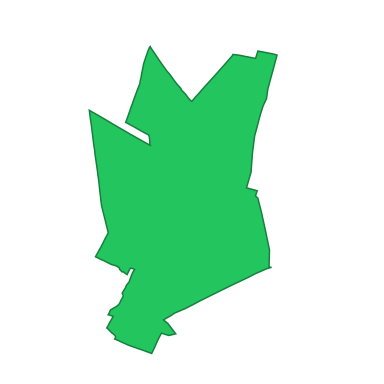 Juan C. Bonilla, Puebla, Mexico (Robinson projection), rotated 79°
{"feature_id": "50627088B68027240212637", "entity_name": "Juan C. Bonilla", "entity_type": "district", "adm_level": 2, "iso_a3": "MEX", "parent_name": "Mexico", "parent_adm1": "Puebla", "projection": "robinson", "projection_center": [-98.346, 19.122], "detail": "fine", "context": "isolated", "style": "filled", "palette": "green", "viewbox_px": 384, "rotation_deg": 79, "n_neighbors": 0, "source": "geoboundaries", "source_scale": "gbopen_adm2", "svg_char_len": 3951}
<svg xmlns="http://www.w3.org/2000/svg" viewBox="0 0 384 384"><g transform="rotate(79 192 192)"><path d="M41.2,205.2L41.4,205.6L41.8,206.0L42.4,206.4L44.2,207.7L44.8,208.1L46.1,208.9L48.1,210.0L49.8,211.0L51.2,211.9L52.6,212.6L54.0,213.4L55.4,214.2L57.5,215.3L58.3,215.6L59.6,216.1L61.9,217.0L66.3,218.9L66.9,219.1L67.6,219.3L68.8,219.8L69.2,219.9L70.2,220.3L71.0,220.6L71.5,220.9L72.0,221.2L72.4,221.4L72.8,221.5L73.6,221.8L74.0,221.9L74.9,222.3L75.6,222.5L82.7,227.0L89.7,231.2L96.6,235.3L104.0,239.6L111.0,243.8L114.6,239.4L116.0,237.7L116.9,236.6L119.7,233.4L123.7,228.7L125.2,226.9L127.4,224.1L127.8,223.7L128.8,223.5L130.0,223.4L131.3,223.5L132.4,223.6L136.5,224.1L137.8,224.2L138.1,224.1L137.9,224.5L135.6,227.3L134.3,228.8L132.2,231.3L130.9,232.8L129.3,234.7L126.3,238.2L125.0,239.7L123.4,241.7L122.9,242.2L121.0,244.3L119.9,245.6L118.9,246.7L117.5,248.4L115.2,251.0L112.5,254.1L107.6,259.6L104.1,263.5L101.0,267.1L98.8,269.6L95.7,273.1L94.2,275.0L92.2,277.2L96.4,277.5L99.7,277.7L102.3,277.9L105.9,278.0L109.0,278.2L112.1,278.4L114.9,278.6L118.0,278.8L121.0,279.0L123.4,279.2L126.4,279.4L128.7,279.5L130.2,279.5L131.8,279.6L133.4,279.7L135.4,279.9L137.7,280.0L139.9,280.2L142.7,280.3L144.8,280.4L147.2,280.5L149.2,280.6L152.2,280.8L154.6,280.9L156.9,281.1L159.7,281.2L160.5,281.3L161.0,281.2L162.5,281.4L164.2,281.5L170.1,282.0L175.9,282.5L177.8,282.6L179.7,282.8L181.1,282.9L182.3,283.0L187.0,283.3L188.1,283.4L192.0,283.2L203.4,282.6L211.0,282.2L211.5,282.2L216.1,282.0L216.9,282.7L218.6,284.0L221.2,286.2L221.3,286.3L225.2,289.2L227.2,290.8L227.4,290.9L228.9,292.1L231.5,294.4L233.0,295.6L235.1,297.4L235.3,297.6L237.2,299.1L237.3,299.0L239.0,296.6L240.2,295.1L241.0,294.0L241.8,292.8L242.3,292.1L243.0,291.1L246.1,287.2L247.9,284.8L248.2,284.1L250.0,280.7L251.4,279.1L251.9,278.5L252.4,277.8L252.8,277.9L253.3,277.9L253.7,277.9L254.9,277.3L256.5,276.3L257.2,275.7L257.3,274.5L258.6,273.6L259.1,273.1L260.7,271.5L255.7,267.7L255.3,267.2L255.2,267.1L255.1,266.9L255.0,266.6L256.0,264.7L256.8,263.3L256.9,263.1L257.0,263.0L259.7,265.6L263.5,268.1L268.4,271.0L268.6,271.1L270.6,273.8L273.4,275.7L276.7,278.8L278.2,279.9L279.1,279.6L280.4,279.3L281.4,279.5L284.2,281.9L284.6,282.4L287.5,284.3L289.0,286.2L290.3,289.0L292.2,294.6L294.7,296.2L296.5,297.7L296.6,297.4L297.0,296.6L298.1,294.7L298.6,293.8L298.9,293.2L299.0,293.1L300.8,294.6L304.3,297.6L306.4,299.3L307.1,299.8L309.2,301.6L309.9,300.9L312.9,299.0L313.9,298.4L314.8,297.7L315.5,297.2L316.0,296.7L317.5,295.5L317.7,295.3L317.9,295.2L318.6,294.9L319.4,294.7L319.6,294.7L320.0,294.7L321.6,296.0L322.8,294.1L323.7,292.7L325.0,291.0L326.4,289.1L327.8,287.0L330.0,284.0L330.8,282.7L332.9,279.1L333.0,279.0L334.1,277.0L334.7,276.0L335.4,274.9L335.9,274.0L336.7,272.4L336.9,272.2L342.8,262.4L337.9,258.7L332.1,254.7L327.4,251.1L324.8,248.9L328.4,242.2L328.3,238.6L328.1,235.0L327.7,235.2L323.2,237.5L321.4,238.3L316.3,240.9L312.1,244.4L311.4,242.4L310.3,239.3L309.3,236.2L307.5,232.0L306.5,227.1L305.7,223.6L305.0,220.3L303.6,215.5L303.0,213.3L300.7,205.9L300.1,203.8L297.2,193.4L294.3,182.8L294.1,182.0L291.7,173.1L291.5,172.3L289.5,164.9L289.3,163.8L287.8,158.0L287.1,155.2L286.1,151.5L285.6,150.0L284.3,145.5L283.6,142.4L281.5,132.8L281.1,128.3L280.3,130.7L263.7,127.0L241.1,127.3L225.8,127.7L210.7,128.5L208.0,130.4L203.2,127.8L198.3,137.7L185.8,131.3L183.7,130.2L181.0,129.5L165.5,125.3L148.9,119.8L137.5,114.2L129.1,110.2L120.8,105.6L114.7,101.1L105.4,97.9L75.7,83.3L73.8,82.4L71.8,86.4L66.2,100.4L73.0,104.1L68.4,115.5L66.7,119.5L64.6,126.1L65.2,125.5L74.9,138.0L83.1,148.8L90.8,159.1L92.5,161.4L92.9,161.8L93.6,162.8L93.9,163.2L95.2,164.8L97.6,167.9L98.9,169.8L101.7,173.3L102.7,174.5L103.0,174.9L101.3,176.3L98.6,177.9L94.8,179.6L91.5,181.8L90.4,182.7L88.0,183.2L84.1,185.7L79.1,188.2L74.9,190.1L72.6,191.2L69.6,192.9L69.5,193.0L67.4,194.1L60.8,197.1L56.1,199.2L50.5,201.5L49.5,201.9L45.4,203.7L42.0,205.1L41.2,205.2Z" fill="#22c55e" stroke="#15803d" stroke-width="1.5"/></g></svg>